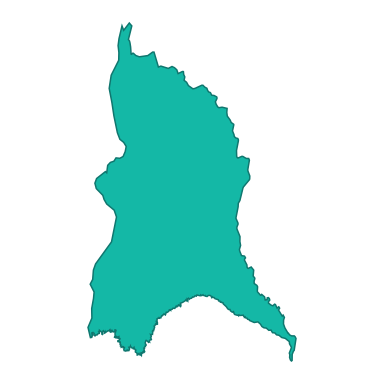 the district of Bambouti, Haut-Mbomou, Central African Republic
{"feature_id": "33826404B2470815195032", "entity_name": "Bambouti", "entity_type": "district", "adm_level": 2, "iso_a3": "CAF", "parent_name": "Central African Republic", "parent_adm1": "Haut-Mbomou", "projection": "equal_earth", "projection_center": [26.948, 5.504], "detail": "fine", "context": "isolated", "style": "filled", "palette": "teal", "viewbox_px": 384, "rotation_deg": 0, "n_neighbors": 0, "source": "geoboundaries", "source_scale": "gbopen_adm2", "svg_char_len": 6044}
<svg xmlns="http://www.w3.org/2000/svg" viewBox="0 0 384 384"><path d="M90.4,337.6L91.7,337.4L92.0,336.8L91.7,336.5L92.2,335.9L92.4,333.9L92.0,334.1L91.8,332.9L92.8,332.5L92.9,333.0L93.8,333.0L94.2,333.6L93.8,335.0L95.0,335.9L95.9,334.9L97.0,335.0L97.8,333.9L99.3,333.4L99.4,332.2L99.0,332.0L99.3,331.3L99.0,331.2L99.5,330.8L99.5,330.3L101.7,332.2L102.0,333.1L101.8,334.0L102.4,334.5L102.8,334.1L102.1,332.2L102.7,331.7L103.1,330.5L103.0,331.0L103.4,330.7L103.7,331.4L104.6,331.8L104.2,332.9L104.6,333.2L105.2,332.7L105.4,331.6L105.8,332.3L108.1,330.7L109.3,331.0L109.3,330.3L109.8,329.8L109.9,330.5L110.3,330.4L110.0,331.1L110.4,332.1L111.6,331.9L111.5,330.7L112.1,330.4L112.5,331.3L113.5,331.9L114.9,331.0L115.0,329.8L115.4,329.8L116.0,330.3L115.5,332.2L115.0,332.6L115.1,335.8L115.4,336.2L114.7,336.6L114.5,337.2L115.6,337.7L115.9,336.2L116.9,336.8L116.9,337.9L117.8,338.1L118.0,336.9L118.9,336.5L118.9,338.3L119.9,338.5L120.0,338.7L119.5,339.9L117.9,340.7L117.8,341.3L118.1,341.7L118.9,341.4L119.4,342.1L120.2,342.0L120.4,343.2L120.0,343.9L120.2,344.6L120.8,344.8L120.6,345.7L120.9,345.6L121.2,347.3L122.8,346.5L123.4,346.7L123.2,347.6L124.4,347.6L123.8,349.3L124.1,350.6L125.9,351.1L127.1,350.1L127.5,350.1L127.6,350.7L128.9,350.6L129.6,348.8L128.9,347.3L129.8,347.3L130.3,346.4L130.3,346.8L130.9,346.8L131.5,347.7L132.4,348.1L133.5,348.1L134.0,347.4L134.3,348.5L133.9,348.9L134.8,349.1L135.9,350.1L135.4,350.6L135.4,352.0L136.7,352.8L137.3,354.2L137.1,354.9L137.7,355.0L138.6,353.3L138.5,353.8L139.0,353.4L139.5,354.6L140.1,354.8L140.5,354.2L140.5,355.0L141.0,354.9L141.4,355.4L141.5,354.2L141.1,353.2L141.7,353.2L141.6,352.8L142.6,353.0L142.6,352.3L143.2,351.5L144.0,352.4L144.7,351.7L144.1,350.1L144.0,348.9L144.4,348.6L143.9,348.1L145.0,346.4L145.4,346.5L145.4,345.4L146.0,345.3L146.0,344.4L145.4,343.8L145.2,342.7L146.0,340.4L146.5,340.4L148.5,342.3L149.0,341.6L149.5,341.9L149.3,341.0L150.2,339.8L151.0,339.9L151.4,339.4L150.6,337.6L151.3,336.7L150.6,334.6L151.4,335.0L152.1,334.0L152.5,334.2L152.7,332.3L152.4,331.3L152.8,330.6L153.5,330.8L153.6,329.9L154.0,329.7L153.8,329.1L154.6,327.6L154.1,326.1L154.9,325.7L155.6,323.9L156.1,323.3L156.4,324.4L157.4,324.2L157.4,322.5L156.4,321.4L157.1,321.3L156.9,319.1L157.3,319.1L157.9,318.2L159.3,318.3L159.2,317.6L160.8,317.9L161.6,315.8L162.4,315.8L162.8,314.9L163.6,314.7L164.0,313.9L165.4,314.9L166.3,312.2L167.1,312.4L168.7,311.4L169.3,309.9L170.6,310.4L170.4,309.6L172.1,309.3L173.0,308.2L174.8,308.4L176.2,306.1L176.8,306.9L177.3,306.6L178.5,304.8L179.0,305.0L179.0,305.8L179.9,305.8L180.6,306.5L180.9,305.8L180.4,305.0L180.8,305.0L180.8,304.3L180.4,303.2L182.6,302.4L185.3,300.7L185.8,299.9L186.9,301.0L187.6,300.6L187.8,300.9L187.9,300.2L187.1,299.4L187.1,298.7L187.7,299.0L188.4,298.2L189.3,299.2L189.7,298.7L191.5,298.2L192.6,297.0L193.0,297.2L194.5,296.6L195.1,295.7L196.4,296.1L196.9,295.0L200.2,295.8L200.7,295.6L200.8,294.9L201.8,295.6L203.0,294.7L203.5,295.4L204.6,295.8L205.2,295.5L205.6,296.2L207.1,296.5L208.2,295.5L210.0,295.4L210.8,295.8L211.8,297.6L212.4,296.8L213.3,297.6L214.3,297.6L215.0,298.7L218.3,299.7L218.6,300.9L220.1,301.3L220.4,302.2L221.6,302.1L222.0,302.7L223.1,302.9L223.3,303.9L226.3,306.7L227.8,308.9L229.0,309.6L230.0,309.5L230.5,310.9L232.3,312.2L233.5,311.6L234.1,313.7L234.8,314.5L237.4,315.3L238.6,315.0L238.7,315.5L239.1,315.0L239.5,315.5L243.3,315.2L243.6,316.2L244.3,316.6L244.4,317.3L245.2,316.9L245.4,317.8L247.2,318.3L247.5,319.2L249.4,319.8L249.6,320.5L254.2,322.5L257.9,321.9L260.4,324.1L261.9,326.5L263.9,327.8L266.3,328.1L268.8,330.3L271.0,330.1L272.5,332.7L274.8,332.9L276.5,334.8L279.0,335.3L281.7,337.5L285.3,338.4L289.3,341.6L289.5,343.8L291.3,347.1L291.3,347.9L289.3,353.1L289.8,354.8L289.6,357.5L290.4,359.9L291.4,361.0L292.1,360.5L292.2,354.4L293.4,351.3L294.2,350.3L296.0,338.5L295.1,336.7L294.3,335.9L291.6,335.9L289.5,334.8L288.4,333.1L288.0,333.2L284.9,327.9L283.5,324.0L283.6,320.0L284.4,317.4L283.1,315.1L282.2,316.1L278.5,310.0L279.6,308.3L279.3,307.4L278.7,306.8L277.1,308.1L275.4,304.5L274.5,304.2L272.9,305.8L271.4,305.3L268.5,303.2L268.6,301.3L269.6,300.5L269.7,299.8L269.3,298.5L268.4,297.6L267.3,297.8L267.0,299.7L265.2,300.0L264.6,296.9L261.7,294.4L260.9,295.3L260.5,295.2L257.5,291.9L257.3,291.0L257.6,286.8L256.9,285.4L254.2,283.5L254.1,281.2L254.8,278.8L254.8,278.1L253.2,276.0L253.7,270.1L251.2,267.0L248.2,268.4L247.6,268.1L247.1,267.3L246.9,264.9L244.5,260.2L244.7,258.8L245.5,257.9L245.2,257.3L244.5,256.1L241.5,255.6L239.8,251.3L239.4,249.5L240.6,245.4L239.9,241.6L240.0,236.6L236.9,228.9L236.9,227.0L238.0,224.3L238.0,223.1L235.9,218.2L238.1,206.9L238.3,203.3L239.9,200.5L242.9,188.2L243.4,187.0L249.5,179.6L249.7,178.8L249.8,176.0L247.9,170.9L247.8,169.6L249.4,160.2L248.7,158.5L246.1,158.4L243.0,156.5L242.0,156.3L238.0,158.0L237.3,157.7L236.7,156.5L236.5,150.5L238.4,140.8L238.3,139.4L237.8,138.5L235.7,137.9L234.3,136.5L234.0,134.7L232.5,130.9L233.8,124.8L233.6,124.2L231.2,122.5L230.2,120.1L227.3,116.1L226.8,112.5L227.1,108.4L222.1,107.2L218.9,107.7L217.7,106.9L216.1,104.1L215.4,101.8L216.9,98.7L217.0,97.9L216.7,96.9L214.1,95.5L211.7,95.2L210.4,92.6L208.8,92.0L207.7,90.6L206.9,88.3L204.6,87.0L203.0,85.3L201.9,85.2L195.0,88.4L192.9,88.8L188.4,85.6L186.6,82.3L184.1,80.3L184.8,76.9L183.7,74.5L183.4,71.6L182.4,71.5L178.1,73.6L176.8,69.8L174.5,67.7L172.0,66.5L168.3,68.4L160.9,66.1L158.4,67.0L154.0,52.1L152.6,52.1L147.8,55.6L139.3,56.8L135.8,55.5L133.4,53.3L132.8,53.2L131.5,54.3L131.1,54.1L130.6,46.9L130.0,43.0L129.5,41.0L128.4,39.5L131.8,25.9L129.3,23.0L123.7,30.3L122.0,25.9L119.0,38.6L118.1,45.6L118.9,52.7L118.7,60.3L111.2,75.2L109.2,88.4L111.9,102.5L113.9,115.8L117.4,132.8L119.9,139.3L123.7,142.4L126.2,146.5L125.2,151.6L123.1,156.5L119.8,158.3L116.0,157.9L113.9,161.2L110.4,162.4L107.7,165.3L106.7,172.8L105.4,171.6L96.6,178.5L94.9,183.2L96.3,188.6L102.8,195.3L104.1,199.5L106.7,204.0L114.2,210.2L116.5,217.0L111.5,241.9L95.6,263.9L93.4,270.1L92.7,279.4L90.2,284.2L94.1,292.0L93.5,298.5L91.7,308.5L91.9,318.1L88.0,327.4L90.4,337.6Z" fill="#14b8a6" stroke="#0f766e" stroke-width="1.5"/></svg>